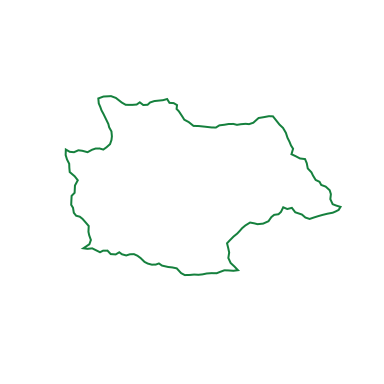 Ubirajara, São Paulo, Brazil (orthographic projection), rotated 305°
{"feature_id": "56859067B67635405812564", "entity_name": "Ubirajara", "entity_type": "district", "adm_level": 2, "iso_a3": "BRA", "parent_name": "Brazil", "parent_adm1": "São Paulo", "projection": "orthographic", "projection_center": [-49.665, -22.551], "detail": "fine", "context": "isolated", "style": "outline", "palette": "green", "viewbox_px": 384, "rotation_deg": 305, "n_neighbors": 0, "source": "geoboundaries", "source_scale": "gbopen_adm2", "svg_char_len": 2367}
<svg xmlns="http://www.w3.org/2000/svg" viewBox="0 0 384 384"><g transform="rotate(305 192 192)"><path d="M83.6,135.3L85.5,139.0L88.6,142.6L89.4,147.9L89.9,151.2L92.9,152.8L95.5,156.4L94.5,161.0L97.1,165.3L100.9,167.0L100.8,170.3L102.3,174.5L105.4,176.9L107.8,180.1L108.5,183.9L108.4,187.8L107.5,193.2L108.0,196.8L109.4,200.7L111.7,203.9L114.5,205.9L114.5,209.6L116.9,215.5L118.9,219.1L120.7,223.3L119.3,229.6L119.8,233.7L122.8,237.8L125.6,241.1L127.9,244.8L130.6,247.9L133.7,250.8L136.7,254.5L139.6,258.8L142.5,260.7L146.4,263.4L148.5,266.6L151.2,271.1L154.3,274.5L155.3,269.5L156.0,264.4L158.8,259.6L163.7,257.2L166.7,254.0L170.1,250.1L174.2,250.7L179.4,251.6L183.9,252.9L187.3,253.4L191.1,253.8L195.2,254.9L200.3,257.1L202.1,261.1L203.2,264.1L206.9,268.4L211.9,271.4L217.0,271.4L220.4,272.4L223.4,275.6L226.7,276.3L231.8,275.5L232.7,279.8L236.3,282.9L234.6,288.2L236.6,295.0L236.1,299.5L237.4,303.8L241.2,306.6L244.7,309.3L247.9,311.9L251.9,315.4L255.8,319.2L258.4,320.8L261.4,322.4L265.0,322.2L263.6,317.9L262.7,314.2L265.5,309.4L269.9,307.0L272.4,303.8L273.1,298.4L271.9,293.8L273.5,290.6L272.8,286.4L274.9,281.6L276.6,278.6L277.7,273.3L281.4,269.5L283.8,265.7L281.4,261.2L280.8,256.4L280.0,251.8L285.4,250.0L286.9,246.4L289.1,243.0L291.2,239.1L294.3,235.0L296.7,229.8L297.4,225.0L298.8,220.3L300.4,214.9L298.2,211.5L294.4,207.8L290.8,204.1L287.0,203.2L283.9,202.5L280.3,199.8L278.6,196.8L275.6,193.2L272.8,190.3L271.5,186.9L268.7,183.0L265.7,180.0L262.3,176.2L258.5,174.6L256.1,171.0L252.9,165.1L249.9,159.7L247.0,155.3L247.4,149.2L246.8,144.2L248.1,141.2L250.6,134.9L251.2,131.7L254.6,129.9L254.3,126.0L252.1,122.4L253.9,118.3L250.6,115.6L244.9,109.0L241.3,106.3L238.0,105.6L235.3,102.2L235.5,97.8L231.9,96.5L229.1,93.1L225.4,87.7L225.0,83.2L225.4,75.7L224.1,70.7L219.4,64.7L214.9,61.6L211.1,64.8L209.0,68.2L207.0,71.0L205.1,74.8L202.6,79.3L199.7,84.5L197.5,87.0L195.4,91.3L191.6,94.5L188.4,96.2L184.2,97.4L179.5,96.3L175.9,95.0L174.6,91.3L172.3,88.1L169.3,85.9L164.7,83.6L162.8,78.4L161.0,75.0L156.9,72.5L154.8,68.8L154.4,64.3L149.8,67.3L147.0,70.9L144.7,75.2L141.4,77.7L138.2,80.4L137.6,86.8L136.1,91.7L130.2,92.4L124.0,96.3L119.8,95.6L115.8,98.1L112.2,100.4L110.8,103.6L107.2,107.1L106.1,110.7L107.4,114.2L107.2,117.7L106.1,122.2L104.9,126.9L100.0,130.0L97.6,132.6L94.7,136.7L90.4,137.9L83.6,135.3Z" fill="none" stroke="#15803d" stroke-width="2"/></g></svg>